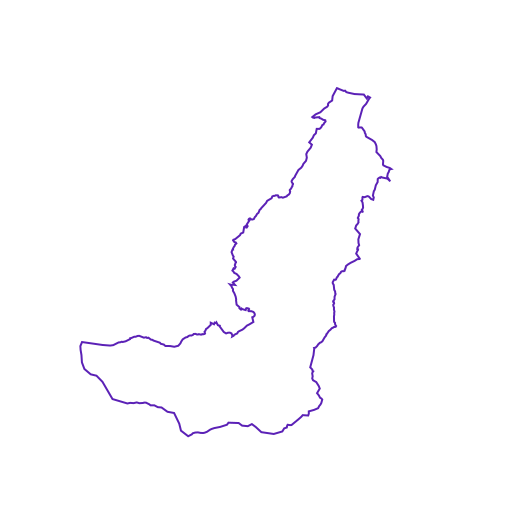 Garda De Sus, Alba, Romania, rotated 25°
{"feature_id": "2599482B31586806671265", "entity_name": "Garda De Sus", "entity_type": "district", "adm_level": 2, "iso_a3": "ROU", "parent_name": "Romania", "parent_adm1": "Alba", "projection": "mercator", "projection_center": [22.809, 46.492], "detail": "fine", "context": "isolated", "style": "outline", "palette": "violet", "viewbox_px": 512, "rotation_deg": 25, "n_neighbors": 0, "source": "geoboundaries", "source_scale": "gbopen_adm2", "svg_char_len": 6134}
<svg xmlns="http://www.w3.org/2000/svg" viewBox="0 0 512 512"><g transform="rotate(25 256 256)"><path d="M335.3,413.4L347.3,409.8L354.0,403.9L354.4,400.3L356.4,398.4L356.0,397.1L356.0,395.6L358.3,394.9L359.6,394.2L363.6,385.8L365.0,382.6L365.6,380.5L370.7,378.5L370.5,376.6L369.5,374.5L373.6,371.0L376.6,367.7L376.7,365.2L377.2,363.4L377.3,361.6L376.7,358.1L375.5,357.5L374.0,357.4L371.9,355.8L369.3,354.5L369.8,349.2L367.8,347.3L363.9,344.8L360.2,344.5L358.7,343.2L358.2,341.1L356.5,338.6L356.4,337.5L356.6,336.3L355.8,336.2L355.0,335.1L352.2,334.0L350.0,321.6L347.9,315.2L347.5,314.8L348.7,313.8L349.4,311.9L349.8,309.4L350.3,308.6L350.4,307.8L351.2,307.1L352.2,305.3L352.6,300.7L353.2,298.4L352.8,297.3L353.1,296.9L353.7,293.2L354.6,291.4L355.2,289.4L356.0,288.6L356.4,287.7L358.1,286.5L358.2,285.6L357.4,285.2L356.3,284.1L355.9,283.2L354.7,282.7L354.3,282.1L352.1,277.6L351.8,276.3L350.8,274.3L350.7,273.4L349.1,271.3L348.6,269.9L347.1,268.4L346.6,267.5L346.9,266.1L346.2,265.0L345.6,265.1L345.0,264.4L345.5,262.1L344.4,259.7L344.2,256.8L343.8,256.6L342.6,254.6L341.2,253.6L338.6,249.3L337.2,248.4L336.6,247.4L336.8,244.4L338.2,243.9L338.4,243.4L338.3,241.1L338.8,240.1L338.7,239.2L339.0,237.1L339.7,236.0L339.8,234.3L340.6,233.3L342.1,232.6L342.6,231.8L342.2,231.0L342.4,230.3L342.1,229.5L342.3,228.9L341.8,227.2L342.8,225.0L344.7,222.1L347.4,218.8L349.1,216.1L351.2,214.9L351.2,214.6L345.8,211.5L345.7,208.8L345.9,207.7L345.7,206.8L344.8,206.9L344.4,205.4L344.9,202.6L343.4,200.9L341.7,197.6L341.0,192.2L334.3,189.2L333.9,186.0L334.5,184.1L334.7,182.2L334.0,181.1L333.4,179.2L332.2,178.5L332.2,176.1L331.6,174.6L331.8,173.1L332.3,171.5L332.6,171.1L333.9,170.9L333.9,170.6L332.4,169.3L332.7,168.3L332.6,166.9L331.5,164.9L329.9,162.4L328.2,161.3L328.7,160.1L327.7,157.9L327.7,157.4L329.6,156.8L331.6,154.7L332.2,154.5L333.4,154.5L336.3,155.7L338.5,155.5L338.0,153.2L336.4,151.8L335.4,147.5L335.6,145.7L334.7,141.2L335.0,137.6L333.8,134.8L334.1,133.9L334.9,132.6L335.7,132.6L336.0,131.5L337.3,131.5L342.0,130.4L343.4,130.6L346.1,131.6L341.4,128.8L340.6,125.5L340.8,124.1L340.5,121.6L341.1,120.5L341.8,120.0L340.0,119.7L336.7,120.1L333.1,120.0L332.4,119.4L331.1,116.0L330.3,115.1L328.1,114.2L326.4,112.9L321.2,110.9L320.3,108.3L318.7,105.5L317.5,104.2L315.5,102.6L312.2,101.8L305.6,101.3L304.9,100.9L303.9,99.3L302.6,98.4L301.8,97.2L297.7,94.9L297.0,95.0L294.6,96.3L294.3,96.2L293.1,93.7L292.5,92.0L290.1,77.3L290.3,75.2L291.5,71.6L292.0,65.9L292.4,64.2L290.0,64.0L289.8,66.4L285.5,64.1L276.8,67.6L270.6,69.0L268.6,69.3L266.9,68.5L265.7,69.3L258.4,69.7L257.9,78.7L259.3,82.9L257.2,86.3L257.0,87.9L257.7,89.0L257.5,90.5L255.5,93.5L253.6,98.5L250.2,102.4L248.3,106.3L249.1,106.5L250.6,106.2L251.1,105.5L254.7,103.4L255.3,104.1L257.2,103.9L259.2,104.2L261.4,103.7L262.2,104.7L261.6,106.7L261.6,108.3L260.8,109.2L260.7,111.9L259.9,113.9L257.3,115.1L258.4,119.6L257.4,122.1L257.5,124.7L256.2,130.5L259.6,131.5L259.8,134.7L258.5,139.7L258.5,142.4L260.5,145.4L261.1,148.6L260.0,152.5L260.1,154.4L259.7,156.8L258.1,160.1L257.6,166.9L257.8,167.7L256.8,170.9L256.6,173.0L256.8,173.5L257.5,174.2L259.0,174.9L259.2,175.4L259.1,176.4L259.5,177.4L259.3,178.6L259.3,180.1L258.7,181.8L259.0,182.5L259.7,183.1L260.1,184.8L259.8,186.4L258.8,187.9L258.6,189.0L255.7,191.8L254.2,191.9L252.1,193.3L251.2,192.9L251.1,192.4L250.2,191.8L248.3,192.6L247.5,193.6L246.6,194.0L245.6,195.1L245.7,197.1L242.8,201.3L242.7,203.6L240.5,210.5L240.4,211.6L239.8,212.5L240.0,215.8L239.2,217.4L239.0,219.9L238.5,221.2L238.4,223.5L237.1,224.6L236.2,224.8L234.9,224.4L234.3,224.7L234.0,225.2L233.8,226.1L234.1,226.5L235.0,226.6L234.3,231.3L235.8,232.5L235.6,234.1L235.1,234.4L233.8,233.4L233.0,234.7L234.5,240.1L232.7,242.2L232.7,243.9L232.1,245.2L230.0,249.5L228.6,250.9L228.6,251.5L230.5,252.5L232.0,252.3L232.9,252.9L232.2,254.6L232.4,255.9L232.1,257.0L232.0,259.2L232.5,259.9L232.0,260.3L232.2,262.8L234.9,265.4L236.0,266.0L236.3,268.0L240.3,269.8L240.6,270.3L240.3,271.1L240.6,272.3L240.6,273.1L241.2,274.0L242.2,274.5L242.0,276.6L240.9,276.6L240.8,279.2L241.9,279.5L243.4,280.5L246.0,280.5L249.1,281.7L250.3,282.5L248.7,286.7L246.6,288.8L246.2,289.8L249.2,291.1L247.4,291.7L246.1,292.5L244.5,292.8L246.5,293.7L247.9,295.0L248.9,295.5L249.3,296.0L249.8,297.3L252.1,298.9L254.7,301.4L256.3,303.6L256.7,304.7L259.0,308.3L262.8,309.4L263.1,310.4L265.0,310.9L265.1,309.7L266.1,309.9L269.5,309.4L269.2,307.6L269.7,307.1L271.7,306.7L272.2,307.0L272.1,308.7L272.6,309.1L275.1,308.0L277.1,307.8L278.1,308.1L279.2,308.9L279.8,309.8L279.9,310.9L279.3,312.3L278.5,313.1L281.5,316.9L278.8,320.9L277.2,322.9L275.8,326.6L274.8,328.5L272.4,331.4L271.8,332.4L271.7,334.1L270.3,335.7L269.6,336.8L269.4,337.8L268.5,339.0L268.4,338.3L266.5,336.5L264.7,336.5L263.0,337.4L261.6,338.8L258.9,338.5L252.7,335.1L252.6,334.5L250.7,334.8L248.2,332.9L248.1,333.7L246.7,333.8L246.8,335.6L243.2,335.6L244.1,337.5L242.4,342.0L241.6,343.2L241.7,345.1L241.4,346.5L242.5,347.6L242.4,348.3L240.9,349.5L240.3,349.5L239.5,350.5L237.2,351.0L236.8,351.5L235.7,352.1L234.2,352.1L232.5,353.0L232.1,354.3L230.9,355.5L230.4,355.6L229.4,356.2L228.6,357.1L228.1,358.4L226.6,359.6L224.8,362.5L224.4,365.1L224.4,367.2L223.5,370.2L220.3,372.8L216.2,373.9L212.1,375.8L211.2,375.7L209.9,375.2L206.8,375.8L205.5,375.2L198.6,376.0L197.7,375.7L196.2,376.2L193.0,375.5L192.0,376.3L190.7,376.1L188.9,377.4L183.9,377.7L182.5,378.5L181.1,380.0L179.8,380.6L177.7,383.0L176.7,383.7L177.0,384.5L173.9,388.4L171.5,390.3L170.6,390.4L169.4,391.6L168.0,392.4L164.3,397.1L161.7,398.8L154.5,401.5L134.7,407.5L134.9,411.9L136.7,415.2L139.7,419.6L143.2,426.0L148.2,430.9L156.2,433.1L162.0,431.9L170.0,434.9L186.4,446.3L201.8,444.0L204.0,442.3L207.2,441.1L209.8,439.1L212.5,438.7L215.8,436.9L216.6,436.1L218.3,435.4L221.9,435.5L223.6,435.9L227.0,434.3L230.9,434.5L234.4,433.2L241.6,434.6L248.1,432.9L257.3,440.4L261.8,446.0L270.7,448.0L273.2,444.8L273.6,443.4L275.5,441.7L277.9,440.4L280.7,439.7L283.0,438.7L284.2,437.8L285.9,436.0L287.8,432.8L288.9,431.5L290.9,429.6L295.7,426.1L301.0,421.2L301.5,418.7L310.9,414.7L315.1,415.6L320.5,413.7L323.3,410.1L328.1,411.1L335.3,413.4Z" fill="none" stroke="#5b21b6" stroke-width="2"/></g></svg>